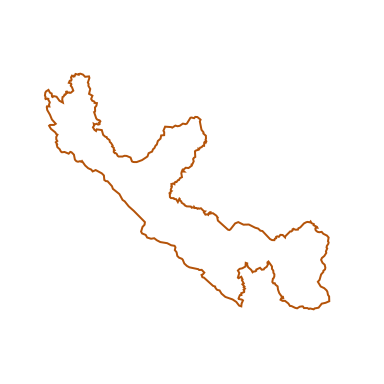 Pyinoolwin, Mandalay, Myanmar (Robinson projection), rotated 315°
{"feature_id": "60261553B76986100212845", "entity_name": "Pyinoolwin", "entity_type": "district", "adm_level": 2, "iso_a3": "MMR", "parent_name": "Myanmar", "parent_adm1": "Mandalay", "projection": "robinson", "projection_center": [96.329, 22.676], "detail": "fine", "context": "isolated", "style": "outline", "palette": "amber", "viewbox_px": 384, "rotation_deg": 315, "n_neighbors": 0, "source": "geoboundaries", "source_scale": "gbopen_adm2", "svg_char_len": 6035}
<svg xmlns="http://www.w3.org/2000/svg" viewBox="0 0 384 384"><g transform="rotate(315 192 192)"><path d="M255.4,305.9L255.7,305.0L254.5,301.5L255.4,300.9L254.5,298.5L255.0,296.7L253.9,296.8L252.6,294.9L251.5,294.2L249.0,293.4L243.5,293.6L241.6,292.9L240.3,293.5L238.4,291.7L237.7,289.7L236.6,289.5L236.0,290.3L234.3,290.1L233.6,289.3L226.6,289.3L225.7,289.9L225.7,286.5L224.2,284.8L221.7,285.1L220.9,283.6L219.8,283.2L218.8,284.2L217.6,283.6L216.2,284.3L214.6,282.6L213.9,280.4L214.2,269.4L213.0,267.7L212.9,264.6L211.4,261.9L209.2,255.2L205.3,251.5L203.4,246.0L200.3,244.7L192.7,245.6L191.5,245.3L190.8,244.1L190.1,230.5L191.7,228.1L192.1,228.2L192.5,225.9L191.8,221.8L189.9,220.1L190.8,219.4L190.4,219.0L189.3,218.9L189.2,219.9L188.1,219.2L187.3,219.6L187.1,218.6L185.5,217.5L186.0,214.9L187.5,214.9L186.8,213.9L186.8,209.8L185.2,208.8L184.8,207.8L184.0,207.7L183.8,206.4L182.7,205.4L182.9,204.1L182.2,204.5L181.6,203.3L180.7,202.9L180.9,201.5L178.1,198.4L177.4,196.2L177.8,195.6L177.1,192.2L177.8,191.0L177.3,189.1L178.4,188.4L178.4,187.8L174.9,189.1L175.7,185.9L174.5,184.4L174.7,183.4L172.8,181.4L172.8,180.0L174.6,178.0L175.7,177.7L175.5,176.9L178.2,176.9L177.9,176.2L178.8,175.2L181.5,174.1L181.5,173.2L182.4,173.0L183.0,171.8L184.6,172.6L185.1,174.0L186.0,173.2L187.4,173.1L188.1,174.0L190.4,173.7L191.4,174.3L193.1,173.7L195.4,174.4L197.7,171.2L199.3,170.3L200.9,172.0L200.8,169.7L201.3,169.5L201.9,170.2L204.7,170.4L206.5,172.6L210.6,173.2L211.2,172.2L212.2,172.5L214.9,171.5L216.1,169.5L217.4,169.2L219.1,169.5L222.9,165.3L224.3,165.5L226.2,166.6L227.1,165.9L227.3,166.8L229.1,166.4L230.5,167.1L232.4,167.0L233.2,167.9L235.7,165.6L236.8,165.6L236.7,166.8L237.9,166.4L238.7,164.5L239.7,164.1L241.6,162.0L241.4,158.7L242.3,158.0L242.7,154.7L247.4,147.7L249.2,146.9L248.8,142.8L247.4,141.2L245.7,141.3L244.3,139.0L243.4,138.4L236.8,140.0L235.5,139.5L233.9,137.2L230.1,136.5L228.3,135.3L227.2,133.3L223.5,132.5L223.2,131.4L219.2,126.8L215.1,128.5L214.7,130.0L212.5,132.1L210.2,130.2L207.5,132.0L203.9,131.8L200.6,133.6L199.1,133.4L196.3,134.4L194.7,134.2L192.4,135.2L188.8,133.9L185.6,135.4L179.2,134.1L174.0,131.7L171.7,129.3L171.2,127.9L172.9,124.2L171.3,120.3L169.9,118.7L167.8,117.7L165.2,115.0L165.0,113.9L165.7,111.7L165.4,110.2L164.9,109.9L165.0,108.3L166.1,107.4L166.8,107.7L167.0,106.2L167.9,105.6L167.7,103.3L168.7,103.1L169.4,100.2L169.3,98.5L170.4,96.9L169.9,94.0L170.5,92.8L169.8,91.8L169.6,88.8L172.0,84.4L168.9,80.3L167.3,81.0L167.0,79.0L167.7,76.2L169.7,75.8L170.8,74.3L171.1,75.5L172.9,76.4L173.2,77.9L174.4,78.6L174.8,78.6L175.3,77.2L175.9,77.6L177.2,77.2L177.3,76.0L176.2,73.8L176.3,72.3L179.2,66.4L179.6,66.7L180.7,66.3L183.2,63.6L185.4,63.4L187.6,61.9L186.2,60.2L186.6,60.0L186.8,58.8L186.0,56.9L186.5,54.9L189.7,53.5L188.6,49.8L192.9,47.2L193.8,43.7L195.4,42.3L195.7,41.0L200.1,38.8L200.9,37.4L197.9,35.0L197.9,31.8L196.7,29.4L195.4,28.5L194.8,29.0L193.1,26.2L190.8,27.1L190.6,26.3L189.7,26.4L189.4,24.9L187.5,25.4L186.3,27.4L185.2,27.8L184.2,26.9L182.1,27.7L183.2,29.7L182.9,30.5L181.4,31.1L181.2,33.1L179.7,36.4L176.4,36.1L175.5,35.2L175.5,34.6L174.3,34.0L174.6,32.5L173.9,32.1L172.6,33.5L171.1,33.6L170.8,33.0L168.8,33.7L167.6,33.3L165.5,35.0L163.9,37.5L162.8,33.8L163.6,28.9L162.1,26.5L160.6,26.3L160.5,25.6L162.4,23.1L161.8,21.4L162.7,18.3L160.0,17.7L158.6,18.0L156.2,19.8L155.6,21.3L154.4,22.2L154.2,22.8L156.0,23.9L156.3,24.6L155.6,25.1L154.9,28.0L152.5,29.2L151.6,30.7L150.1,28.9L149.4,29.2L147.6,31.7L146.2,36.9L144.2,41.7L143.9,47.4L141.9,47.0L139.0,44.2L137.8,44.1L136.9,47.6L137.5,53.3L137.0,55.0L137.4,56.3L134.9,57.1L133.2,58.9L132.8,60.7L130.9,60.5L130.4,62.9L129.8,62.9L128.5,65.2L128.7,68.0L127.9,70.7L128.1,71.9L130.2,73.6L131.9,77.7L134.3,77.6L134.9,78.7L134.9,82.1L132.1,86.3L132.0,88.5L132.8,90.0L134.7,91.1L135.0,92.3L136.1,92.3L135.2,97.7L135.4,101.8L136.6,104.9L136.3,107.2L139.4,108.4L141.4,115.0L141.4,118.0L138.5,121.5L138.8,123.4L139.9,124.7L139.5,131.3L138.3,133.8L139.2,142.1L137.3,148.5L137.8,151.0L137.1,157.4L137.5,164.2L137.4,180.0L135.3,181.6L132.3,181.7L128.0,184.0L127.4,186.0L128.9,189.6L128.1,192.5L130.0,196.1L132.6,198.0L133.0,201.2L134.2,205.0L138.3,210.7L139.6,214.9L141.6,217.7L141.2,219.4L138.8,220.9L138.5,223.7L136.4,226.8L136.4,229.3L137.6,232.0L137.6,233.3L136.0,237.1L136.1,240.6L136.9,243.4L141.9,251.1L141.9,252.2L143.8,253.9L143.7,257.7L141.5,257.9L140.1,257.4L139.1,259.6L139.9,261.0L140.5,273.2L141.5,275.2L141.0,275.6L140.6,277.7L140.6,279.0L141.9,281.1L141.0,284.7L141.4,289.8L144.7,296.6L145.6,301.0L145.0,305.7L146.0,307.7L148.1,306.0L151.4,304.7L151.1,303.2L149.4,300.7L149.6,300.2L152.9,298.8L154.1,299.8L155.2,298.4L158.1,299.6L159.1,298.8L159.4,297.6L161.1,297.8L161.2,295.9L162.2,296.0L162.4,292.9L163.9,293.3L165.0,289.6L165.9,289.6L166.9,286.8L164.0,285.9L163.9,285.0L168.2,282.7L168.9,280.0L171.3,280.0L173.6,281.5L177.1,282.5L179.9,280.1L180.6,281.5L179.5,282.5L178.5,284.9L178.8,289.0L178.1,291.6L179.1,291.7L180.7,292.9L181.7,293.1L182.6,292.3L186.5,293.7L186.4,296.3L188.0,297.5L189.3,297.2L192.0,297.7L195.5,296.6L195.0,295.8L195.6,295.1L196.9,295.2L195.9,301.2L194.2,302.9L193.9,305.0L192.4,306.8L192.1,308.4L190.5,309.9L188.5,310.7L187.9,310.5L185.2,312.4L184.9,314.1L186.0,315.0L185.5,316.5L185.8,319.3L183.8,321.8L182.2,325.2L181.5,329.5L182.2,330.4L181.4,331.6L179.9,330.3L178.4,330.8L179.0,333.0L180.8,334.8L181.3,339.0L180.7,341.8L181.7,343.0L183.0,346.8L184.1,348.6L187.1,349.3L189.1,350.8L189.5,351.5L189.1,353.2L191.5,355.6L192.0,357.4L193.1,357.8L195.1,361.0L196.3,361.0L199.7,363.3L204.8,362.7L208.1,364.8L211.8,366.3L215.1,362.8L215.4,360.9L217.1,358.4L217.6,356.8L217.5,353.5L216.2,349.8L217.5,344.5L220.1,344.3L225.0,341.6L228.3,341.4L229.2,340.6L231.3,340.8L232.8,339.8L234.4,337.2L234.2,334.4L235.3,331.3L237.2,330.5L240.3,330.8L243.9,330.0L244.7,328.7L247.7,327.5L247.8,326.5L249.2,325.5L251.8,325.0L253.0,324.2L253.3,323.0L256.4,320.8L256.6,318.2L255.3,314.4L255.5,311.9L253.5,310.4L252.6,308.9L252.4,307.2L252.6,306.0L253.6,304.9L254.4,304.9L255.4,305.9Z" fill="none" stroke="#b45309" stroke-width="2"/></g></svg>